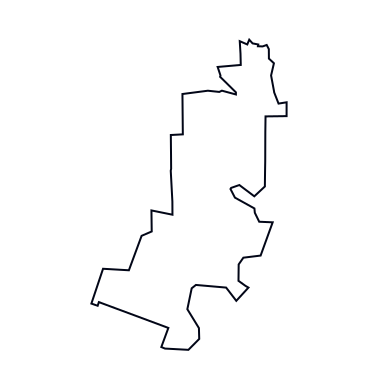 the district of Hampshire, Massachusetts, United States of America, rotated 278°
{"feature_id": "52423323B42715000983787", "entity_name": "Hampshire", "entity_type": "district", "adm_level": 2, "iso_a3": "USA", "parent_name": "United States of America", "parent_adm1": "Massachusetts", "projection": "robinson", "projection_center": [-72.588, 42.37], "detail": "fine", "context": "isolated", "style": "outline", "palette": "ink", "viewbox_px": 384, "rotation_deg": 278, "n_neighbors": 0, "source": "geoboundaries", "source_scale": "gbopen_adm2", "svg_char_len": 1065}
<svg xmlns="http://www.w3.org/2000/svg" viewBox="0 0 384 384"><g transform="rotate(278 192 192)"><path d="M58.2,217.8L75.3,203.7L96.6,205.1L100.5,208.8L102.1,239.1L90.4,251.0L105.2,261.2L106.5,258.0L110.5,250.4L126.8,248.3L134.1,252.0L138.6,268.8L173.2,276.1L171.9,262.7L180.2,257.1L184.4,256.1L192.4,235.3L200.3,229.7L201.5,230.2L205.5,237.9L196.4,254.3L207.6,263.4L215.3,262.4L224.8,261.2L232.9,260.2L261.3,256.3L277.1,254.3L280.3,275.1L294.0,273.2L291.6,265.4L302.1,259.5L302.9,259.3L318.4,254.1L330.9,255.2L334.8,249.6L344.2,248.2L348.0,245.5L346.0,241.7L345.5,237.0L347.3,237.1L347.6,231.3L350.8,227.5L345.8,226.2L348.0,218.3L335.6,220.8L324.6,222.6L319.4,200.0L311.3,204.0L310.0,203.8L296.8,221.6L294.7,221.9L296.5,207.5L294.9,205.1L294.5,193.6L287.7,168.9L247.8,174.9L245.5,163.1L225.6,166.1L212.1,168.1L210.1,168.0L179.8,173.9L166.8,175.8L168.1,154.4L147.3,157.6L141.6,148.2L105.7,140.4L103.6,114.6L67.5,107.9L66.2,114.4L70.0,115.1L54.1,187.5L34.2,183.2L33.2,187.0L35.2,210.4L47.5,219.6L58.2,217.8Z" fill="none" stroke="#020617" stroke-width="2"/></g></svg>